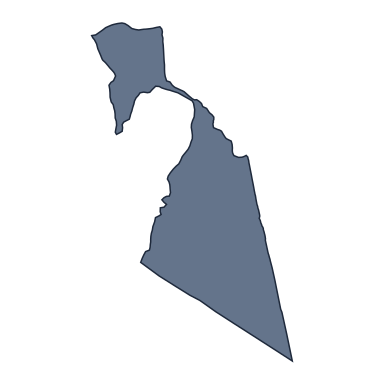 Kuria East, Nyanza, Kenya
{"feature_id": "3690345B78515474379979", "entity_name": "Kuria East", "entity_type": "district", "adm_level": 2, "iso_a3": "KEN", "parent_name": "Kenya", "parent_adm1": "Nyanza", "projection": "robinson", "projection_center": [34.625, -1.241], "detail": "fine", "context": "isolated", "style": "filled", "palette": "slate", "viewbox_px": 384, "rotation_deg": 0, "n_neighbors": 0, "source": "geoboundaries", "source_scale": "gbopen_adm2", "svg_char_len": 3601}
<svg xmlns="http://www.w3.org/2000/svg" viewBox="0 0 384 384"><path d="M184.1,91.7L182.8,91.0L182.0,90.6L181.2,90.3L179.1,89.3L176.7,88.2L175.1,87.5L173.7,86.5L172.1,85.0L171.0,83.4L170.0,82.0L168.5,81.5L166.6,80.9L165.2,76.5L164.7,73.4L164.6,72.0L164.5,69.3L164.5,68.1L164.5,64.9L164.1,61.0L163.9,57.3L163.5,49.6L163.2,45.0L162.8,41.7L162.9,38.1L162.0,34.8L162.4,31.9L161.8,29.1L160.9,28.0L159.9,26.8L156.5,27.4L152.8,28.3L149.1,28.8L146.3,29.1L145.1,29.2L144.2,29.2L141.9,29.5L138.8,30.0L135.5,29.5L131.8,28.5L128.0,25.5L124.8,23.6L121.9,23.0L117.9,23.5L113.8,24.4L111.5,25.1L108.0,26.6L105.6,27.7L102.4,30.2L101.7,30.7L98.7,32.8L95.7,34.9L91.7,35.6L92.3,36.8L93.1,38.2L94.4,39.7L96.6,43.9L97.8,48.7L99.6,52.9L100.9,55.9L101.2,56.8L102.2,59.2L102.9,60.3L104.9,62.1L105.6,62.8L107.9,65.5L109.8,67.9L111.8,70.0L113.6,72.0L114.6,73.5L115.6,76.0L113.5,80.7L110.9,82.5L109.0,85.2L109.7,89.2L110.0,92.7L110.1,97.2L111.2,101.9L113.2,104.6L113.9,108.0L114.7,110.8L115.1,114.0L115.2,118.0L116.3,121.2L116.6,125.2L115.9,128.8L115.3,132.2L116.5,134.4L119.5,132.9L122.2,131.3L122.6,127.7L122.2,124.5L123.7,122.1L126.7,120.5L129.3,119.2L130.1,116.5L130.4,115.2L130.7,114.0L131.8,111.1L132.7,107.5L133.8,104.2L134.5,101.0L136.1,97.8L138.3,95.4L140.1,92.8L143.7,92.1L147.5,92.7L149.8,92.3L152.2,89.6L155.7,86.2L156.6,86.3L158.0,86.4L159.3,86.5L161.5,87.8L164.1,88.7L166.7,89.5L168.7,90.0L170.2,90.3L170.9,90.6L173.4,91.4L175.6,92.1L176.3,92.3L177.5,92.7L178.1,92.9L181.3,94.7L187.7,98.3L192.1,100.8L193.5,103.2L194.7,109.6L194.2,116.9L192.6,120.6L191.5,124.1L191.3,127.5L191.9,131.0L192.4,135.1L192.3,138.8L191.0,142.1L189.9,145.8L188.1,149.3L185.7,152.3L183.7,154.7L182.2,156.7L180.7,160.3L178.8,163.9L176.1,166.2L173.4,169.0L170.5,172.6L168.2,176.1L167.4,179.0L168.9,181.7L169.2,182.5L169.8,184.8L170.0,186.8L170.1,188.5L170.2,189.7L170.5,192.7L169.3,196.1L166.4,196.4L164.0,197.7L161.9,199.8L163.9,202.2L166.5,204.4L164.0,207.2L160.3,207.8L160.2,211.8L161.1,214.5L158.8,216.0L155.5,217.6L154.6,221.9L152.9,226.6L152.3,230.3L151.4,233.2L150.9,236.2L150.7,239.2L150.7,242.0L150.5,243.2L150.3,244.6L150.1,247.3L149.4,250.1L145.6,251.6L143.8,254.9L142.2,258.4L140.7,262.4L159.2,276.0L175.7,286.4L190.0,295.3L199.8,300.4L215.7,311.7L234.3,323.7L263.0,342.1L292.3,361.0L286.8,334.5L281.9,312.2L280.7,309.3L274.9,280.4L272.1,267.7L270.2,260.5L270.0,259.3L269.7,258.4L269.4,257.4L269.1,256.3L268.8,255.1L268.3,253.7L267.8,251.7L267.4,249.7L266.8,247.0L266.3,244.6L265.9,242.9L265.3,240.0L265.5,238.9L265.3,237.7L265.1,236.2L264.8,234.8L264.4,233.4L264.1,232.0L263.7,230.8L263.3,229.4L263.3,228.4L262.8,227.2L261.9,225.8L261.5,224.3L260.9,223.1L260.6,221.9L260.4,220.9L259.9,219.7L259.2,218.3L259.7,216.7L259.7,215.3L258.7,210.6L258.5,209.7L258.1,208.7L257.8,207.6L257.7,206.7L257.5,205.9L257.0,204.6L256.8,203.7L256.6,202.5L256.4,201.5L255.9,198.8L255.7,197.3L255.4,195.5L255.0,194.3L254.7,192.6L254.3,190.7L254.0,189.0L253.8,187.8L253.2,184.6L252.1,179.1L251.4,175.2L250.6,171.2L249.8,167.1L249.5,165.5L249.3,164.5L249.0,163.2L248.6,160.3L248.0,158.4L247.8,157.1L246.2,155.4L244.3,156.4L242.1,157.2L238.5,157.4L233.9,155.6L232.7,153.2L232.4,151.7L232.3,149.9L232.4,148.8L232.4,147.4L232.1,144.3L231.2,141.1L229.0,140.0L226.2,138.6L224.8,136.8L222.9,133.7L221.5,131.2L219.7,130.1L217.4,129.4L215.0,128.3L213.6,127.7L213.3,126.6L212.9,123.8L213.4,122.3L213.3,120.9L213.8,119.5L213.8,117.1L212.0,114.8L209.4,112.7L206.6,108.4L202.7,106.6L201.5,103.5L199.4,101.5L196.7,99.7L194.4,99.9L193.3,99.3L192.3,98.8L191.0,97.7L189.2,96.2L187.4,94.6L185.7,93.1L184.1,91.7Z" fill="#64748b" stroke="#1e293b" stroke-width="1.5"/></svg>